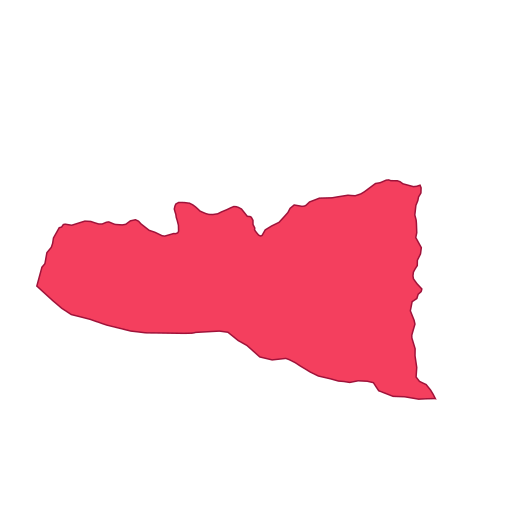 Bolobo, Bandundu, Democratic Republic of the Congo, rotated 283°
{"feature_id": "63176286B21856672762157", "entity_name": "Bolobo", "entity_type": "district", "adm_level": 2, "iso_a3": "COD", "parent_name": "Democratic Republic of the Congo", "parent_adm1": "Bandundu", "projection": "mercator", "projection_center": [16.431, -2.651], "detail": "fine", "context": "isolated", "style": "filled", "palette": "rose", "viewbox_px": 512, "rotation_deg": 283, "n_neighbors": 0, "source": "geoboundaries", "source_scale": "gbopen_adm2", "svg_char_len": 3030}
<svg xmlns="http://www.w3.org/2000/svg" viewBox="0 0 512 512"><g transform="rotate(283 256 256)"><path d="M252.5,87.2L251.5,81.4L248.7,76.6L244.5,69.5L244.1,63.0L243.7,62.0L243.3,61.2L241.8,60.6L240.5,60.1L240.0,59.2L239.3,57.9L228.0,54.6L224.1,54.9L222.5,55.0L218.4,54.6L212.8,51.8L212.5,51.7L212.1,51.5L202.4,52.0L201.8,52.0L200.9,52.0L196.9,49.9L195.8,49.9L177.4,49.2L166.8,68.0L161.3,78.6L160.5,80.8L157.4,89.2L157.2,100.2L157.0,108.0L157.0,108.6L156.2,115.4L156.1,117.2L155.6,121.1L155.1,126.4L154.7,151.0L155.4,157.0L155.5,157.8L156.2,164.7L156.6,167.1L158.6,176.1L164.5,203.5L166.4,210.9L167.2,212.9L168.0,214.4L174.6,237.2L175.4,245.8L169.6,257.7L166.8,267.3L158.5,282.4L158.4,295.1L162.9,308.0L162.9,308.4L162.5,311.6L160.9,318.2L159.0,323.3L155.1,335.1L153.1,343.7L153.1,356.2L152.7,364.4L153.5,369.9L153.9,375.8L157.4,383.6L159.0,392.6L159.0,398.9L155.5,402.5L152.3,405.9L150.1,421.1L150.2,421.7L152.3,432.6L153.1,446.7L155.1,453.7L157.4,462.6L157.4,462.8L161.1,459.7L161.6,459.2L164.6,456.3L169.0,450.7L169.6,447.9L170.2,445.2L170.4,444.5L170.6,443.5L172.7,440.9L174.1,439.2L183.5,437.7L194.5,433.4L201.4,431.9L211.2,426.3L213.5,425.7L213.9,425.6L218.2,425.8L225.4,426.2L228.1,424.9L228.8,424.6L237.3,418.7L246.6,418.4L250.8,422.3L252.6,422.4L255.2,422.6L258.1,424.7L258.6,424.9L259.6,425.0L261.2,425.0L265.2,419.1L267.0,417.0L269.2,414.5L270.3,414.1L271.9,413.4L275.7,413.0L278.7,413.8L281.1,414.6L282.9,415.3L287.7,414.3L288.1,414.2L295.0,415.8L296.3,415.7L301.3,415.2L309.9,407.5L314.8,407.4L323.0,405.2L324.1,404.9L326.9,404.0L327.9,403.5L331.7,401.5L335.3,401.1L341.2,400.4L345.7,401.1L346.3,401.2L350.3,401.1L350.7,401.3L354.5,402.5L358.7,401.7L359.6,401.5L361.9,399.9L360.1,397.0L359.0,393.8L359.4,382.9L360.8,379.6L361.1,376.8L360.3,373.2L359.7,370.3L360.0,368.2L359.9,368.0L359.2,365.8L356.5,362.1L355.3,360.4L353.5,356.1L342.8,347.0L340.1,344.2L337.0,339.1L336.7,337.2L336.4,335.4L335.9,331.9L331.9,322.0L329.8,317.0L326.6,304.7L324.6,301.8L320.7,296.0L316.6,293.3L315.5,291.9L314.7,289.6L314.6,287.0L314.3,281.7L310.1,278.5L305.5,277.3L301.1,274.9L294.0,270.9L288.8,264.5L283.5,259.1L277.4,257.3L276.5,256.0L276.9,253.9L278.3,252.0L280.0,249.9L281.2,248.7L283.0,248.5L286.0,246.0L290.1,245.0L292.7,242.7L292.9,242.0L293.1,241.3L292.7,238.6L298.5,231.3L299.4,227.9L299.6,225.6L299.2,223.2L297.1,220.3L294.6,217.2L291.1,212.3L288.5,209.2L286.7,204.6L285.9,200.7L286.0,197.7L286.6,194.2L287.2,191.3L288.7,188.8L290.2,186.1L291.6,182.9L292.5,179.2L292.4,178.8L292.0,174.5L291.4,171.3L290.7,168.5L288.6,166.2L286.5,165.8L283.4,165.8L280.6,167.3L278.6,168.5L275.7,169.6L272.8,171.3L268.5,173.5L265.0,174.4L262.6,175.0L260.9,174.5L259.6,172.5L259.4,170.8L254.8,162.5L254.7,160.8L254.6,160.0L256.0,153.9L256.4,152.0L257.0,146.0L257.5,145.0L261.4,136.7L263.5,133.7L264.2,130.4L262.0,125.7L257.6,122.0L256.2,118.7L255.2,112.5L255.1,111.4L255.2,110.3L256.1,104.9L255.5,103.3L255.0,102.3L253.9,100.8L252.6,99.0L252.0,96.4L251.8,95.4L252.1,91.1L252.5,87.2Z" fill="#f43f5e" stroke="#9f1239" stroke-width="1.5"/></g></svg>